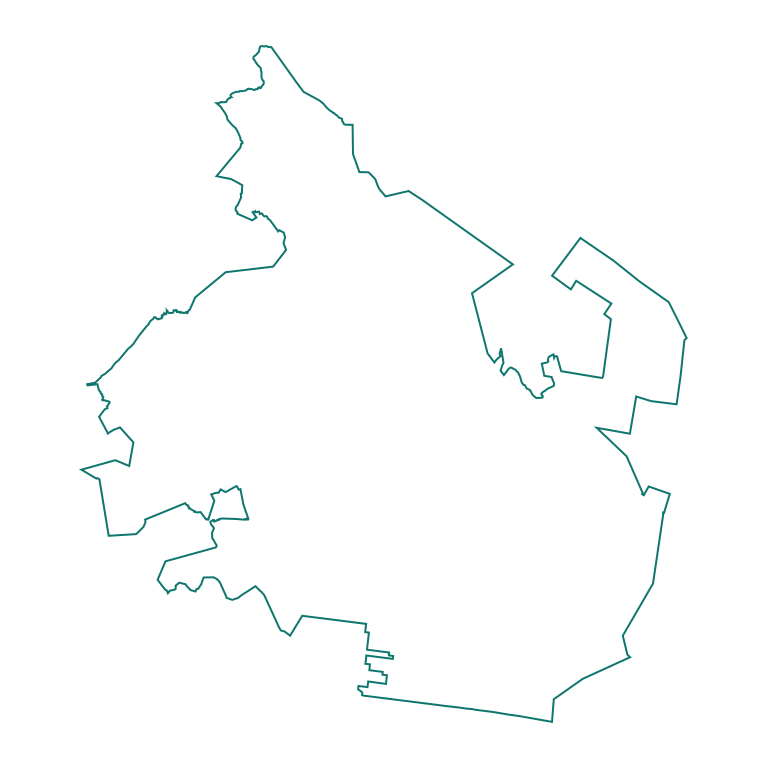 Poanas, Durango, Mexico (Robinson projection)
{"feature_id": "50627088B41464185473090", "entity_name": "Poanas", "entity_type": "district", "adm_level": 2, "iso_a3": "MEX", "parent_name": "Mexico", "parent_adm1": "Durango", "projection": "robinson", "projection_center": [-104.124, 24.035], "detail": "fine", "context": "isolated", "style": "outline", "palette": "teal", "viewbox_px": 768, "rotation_deg": 0, "n_neighbors": 0, "source": "geoboundaries", "source_scale": "gbopen_adm2", "svg_char_len": 6031}
<svg xmlns="http://www.w3.org/2000/svg" viewBox="0 0 768 768"><path d="M630.1,657.2L627.4,654.7L622.8,635.7L653.0,583.6L663.1,515.2L663.1,512.6L664.0,512.9L669.8,493.9L648.7,486.5L643.8,495.2L642.1,494.1L642.7,493.0L626.6,456.3L596.7,427.8L629.9,433.7L636.2,396.5L651.0,401.1L676.6,404.3L680.6,375.8L684.4,340.2L686.6,338.0L680.8,326.2L668.8,302.2L639.6,281.5L613.3,260.5L580.4,238.0L552.1,275.7L570.9,289.4L576.2,280.8L611.4,303.6L604.3,314.1L610.9,319.2L603.1,376.3L602.1,378.0L561.2,371.2L557.0,356.3L554.8,356.2L554.1,357.8L553.4,354.4L549.5,356.4L548.6,357.3L547.9,360.0L548.4,361.3L547.5,362.3L541.8,363.7L544.3,375.8L551.5,377.0L554.2,383.7L553.7,385.9L547.9,388.6L544.8,390.9L543.1,391.9L541.4,393.6L541.4,394.5L542.6,395.8L542.5,396.1L542.8,397.0L542.2,397.7L536.2,398.0L532.6,394.9L530.0,390.0L526.7,388.5L524.7,385.0L523.4,384.8L521.7,382.3L519.9,376.2L518.3,372.9L515.4,369.8L511.1,367.5L509.0,368.4L503.9,375.1L500.6,370.8L502.2,365.5L503.5,362.9L501.1,348.3L499.6,353.6L500.3,356.3L496.4,359.7L494.4,362.5L487.6,353.4L472.0,293.2L512.9,264.4L421.9,199.7L408.6,191.0L385.6,196.4L379.4,189.2L377.7,185.7L375.2,179.0L368.9,172.6L368.2,172.3L359.4,172.1L353.0,154.1L352.6,124.8L345.5,124.7L344.0,124.2L343.0,122.0L342.3,121.4L342.0,118.8L338.8,117.5L336.7,115.2L335.5,114.5L333.8,112.9L333.1,112.9L332.4,112.1L329.3,110.1L326.4,107.3L323.1,103.4L321.6,102.2L318.8,100.1L303.6,91.9L296.7,82.7L271.4,47.2L268.2,47.0L266.8,46.1L264.4,46.4L261.2,46.1L260.1,46.7L258.7,52.1L255.3,55.6L254.0,56.3L253.5,57.3L253.4,58.5L253.5,58.9L255.4,61.4L255.8,62.4L256.4,63.0L256.9,64.0L260.8,68.2L260.8,69.6L261.6,73.1L261.4,75.3L261.7,78.3L262.1,79.3L262.7,80.0L262.8,80.4L263.6,81.1L263.8,82.0L263.6,84.2L261.9,86.0L261.4,87.0L260.8,87.5L260.9,87.9L260.4,88.2L259.7,87.9L259.7,87.6L259.3,87.3L258.6,87.9L258.2,87.8L257.6,89.1L257.1,89.3L256.0,89.1L254.6,89.9L254.1,90.0L252.8,89.4L248.3,88.7L247.3,89.2L245.8,90.5L241.8,91.2L239.9,91.0L239.4,91.6L235.9,91.9L232.6,93.2L230.9,94.5L230.6,95.1L230.6,96.0L231.5,97.1L231.2,97.1L229.9,98.1L229.3,98.1L229.0,98.5L228.2,98.8L227.0,100.3L226.4,101.8L223.9,102.3L221.4,102.1L221.1,102.4L220.3,102.2L218.8,103.2L216.6,103.2L220.9,106.9L222.5,109.5L225.1,113.1L226.9,116.5L227.2,118.5L227.7,119.8L228.3,120.6L232.6,125.5L235.8,128.3L237.3,130.9L239.6,135.9L240.5,138.5L240.4,139.4L240.9,140.5L242.0,141.3L242.7,142.8L242.6,143.1L241.8,143.7L241.3,143.7L241.0,144.1L240.8,145.9L240.3,147.2L240.4,147.5L216.5,176.2L231.2,179.1L242.3,185.2L241.8,193.3L240.8,193.7L241.1,197.5L237.4,205.6L236.5,206.1L236.2,206.6L235.6,209.1L235.8,210.6L237.4,212.0L237.3,213.7L252.2,220.3L256.4,217.5L252.1,211.5L253.6,212.3L255.2,211.1L255.8,212.3L259.0,211.6L259.8,214.0L261.6,213.3L264.2,216.4L266.2,216.1L267.3,216.9L267.8,218.6L270.0,220.1L278.2,231.4L279.2,230.2L283.8,232.6L285.1,237.5L283.5,243.1L286.1,249.9L273.2,266.6L225.7,272.2L195.2,297.4L189.8,309.7L188.9,310.1L187.7,312.3L187.5,313.1L187.1,313.2L186.7,312.0L186.1,312.0L185.0,312.9L184.3,312.8L184.1,313.0L182.7,312.8L182.1,312.3L181.2,312.3L180.9,312.8L180.4,312.7L180.4,312.2L180.1,311.8L178.6,312.2L177.2,311.8L176.9,312.0L176.7,311.7L177.4,311.2L177.1,310.9L177.0,311.1L176.5,311.1L176.3,310.4L176.4,310.2L175.9,310.0L175.7,310.3L174.5,310.6L173.7,310.3L173.3,312.4L172.2,313.0L171.6,312.9L169.9,313.0L168.7,312.8L167.7,311.8L167.6,311.3L167.0,310.6L167.1,311.1L166.6,311.5L166.4,312.7L166.4,313.9L165.4,314.3L164.2,313.2L163.7,314.7L163.1,314.7L162.3,315.3L162.0,315.2L161.7,315.7L161.8,316.4L162.5,316.6L162.4,317.0L161.6,318.4L160.9,318.4L158.5,319.2L158.1,318.9L157.8,319.2L156.0,318.1L155.6,317.4L154.1,317.2L153.3,318.6L150.1,321.4L148.2,324.8L146.6,326.2L139.1,335.5L133.4,343.9L131.0,346.4L128.1,348.8L118.3,360.6L116.1,362.2L114.0,364.5L111.6,368.1L104.9,374.0L101.5,375.9L100.8,377.4L95.1,382.7L87.2,384.2L87.5,385.4L97.4,384.2L98.9,390.2L100.6,391.9L100.7,392.4L100.5,392.9L101.4,393.7L101.8,394.4L102.2,394.5L102.1,395.8L102.6,396.0L102.8,397.4L103.2,397.5L102.8,398.3L103.0,399.2L102.2,399.9L102.4,400.2L104.6,400.4L104.9,400.3L106.4,401.0L108.8,401.4L109.6,402.0L109.7,402.3L107.6,405.7L107.3,406.7L107.1,406.7L107.5,408.1L105.2,409.0L104.7,409.4L100.4,414.9L100.1,415.7L99.1,416.8L108.0,433.6L108.7,432.8L113.7,429.8L120.0,427.4L133.4,442.4L129.2,466.0L115.3,460.2L81.4,469.7L96.4,478.6L97.2,478.1L99.4,479.2L108.7,535.8L136.2,534.1L143.4,527.0L145.1,523.2L145.5,521.6L145.1,519.6L185.2,503.2L186.3,504.7L187.4,505.5L187.8,505.3L188.2,506.7L188.6,506.6L188.7,507.7L189.2,508.5L189.9,508.2L190.6,509.1L194.1,511.0L194.2,511.7L194.9,511.4L195.0,511.7L196.4,512.4L200.6,512.1L205.7,519.0L206.4,518.9L206.4,519.4L208.2,519.7L214.3,500.8L211.3,494.4L216.5,492.7L218.6,492.8L220.6,489.4L225.6,492.1L235.8,486.4L236.7,486.1L238.7,489.6L240.4,489.1L243.5,504.8L248.2,518.4L247.6,518.3L247.8,519.5L245.5,519.6L245.7,519.0L245.1,519.0L244.9,519.6L243.6,519.6L236.2,519.0L222.7,518.5L219.8,518.9L218.2,519.5L218.7,519.9L214.2,521.5L214.1,520.1L212.9,520.0L212.4,520.7L210.6,521.5L210.3,522.2L211.0,524.3L214.0,528.2L212.0,532.9L212.3,538.6L213.4,539.6L215.2,543.1L216.7,545.3L216.3,546.6L215.9,547.4L165.5,561.3L157.6,579.8L165.1,589.6L166.8,590.5L167.9,593.2L169.7,590.8L174.7,589.6L175.6,589.0L175.8,585.5L179.3,582.7L185.7,584.3L186.4,585.7L190.7,590.1L195.5,591.5L196.6,589.0L198.2,588.8L201.2,584.3L203.6,577.5L213.5,577.3L217.2,579.2L217.3,579.6L219.0,581.1L220.1,582.8L226.3,596.6L226.5,597.8L231.5,599.6L232.6,599.8L238.0,597.9L241.8,595.0L255.5,586.2L259.6,590.4L260.7,591.2L264.1,594.9L279.6,628.5L281.1,630.6L284.5,631.4L290.1,635.7L302.2,615.8L366.1,623.9L365.2,632.1L368.9,632.6L367.0,649.7L389.1,652.5L388.8,655.4L393.2,656.0L392.8,658.9L366.4,655.5L365.4,663.8L369.9,664.3L369.4,670.2L382.7,671.9L382.5,674.7L386.9,675.2L386.0,683.9L368.2,681.5L367.5,687.1L358.6,686.0L358.4,686.2L358.1,689.3L362.3,692.4L362.1,695.2L363.4,695.6L445.5,706.0L459.7,707.6L466.2,708.6L471.7,709.0L474.9,709.7L493.1,712.0L508.5,714.6L518.9,716.0L552.0,721.9L553.8,699.2L582.8,678.8L630.1,657.2Z" fill="none" stroke="#0f766e" stroke-width="2"/></svg>